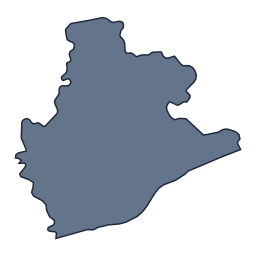 the border of Barcelona
{"feature_id": "ESP-5809", "entity_name": "Barcelona", "entity_type": "Autonomous Community", "adm_level": 1, "iso_a3": "ESP", "parent_name": "Spain", "parent_adm1": "", "projection": "robinson", "projection_center": [1.935, 41.755], "detail": "fine", "context": "isolated", "style": "filled", "palette": "slate", "viewbox_px": 256, "rotation_deg": 0, "n_neighbors": 0, "source": "natural_earth", "source_scale": "10m", "svg_char_len": 2327}
<svg xmlns="http://www.w3.org/2000/svg" viewBox="0 0 256 256"><path d="M240.6,149.5L220.4,157.4L188.1,171.1L184.8,174.3L175.6,180.2L163.6,184.8L159.0,188.1L154.6,193.5L146.9,206.1L142.3,212.0L137.1,216.5L125.8,222.2L119.3,223.9L108.4,224.9L97.6,227.5L94.3,229.4L92.8,229.8L87.3,229.6L55.9,238.4L56.5,233.3L55.9,232.3L54.8,231.8L49.5,231.2L47.9,230.1L48.0,228.0L48.7,227.2L52.9,225.3L54.0,224.1L54.5,222.6L54.3,220.8L53.4,219.5L49.8,217.0L46.6,210.5L46.2,205.8L45.6,204.2L42.0,200.5L33.7,196.2L31.6,192.4L33.1,187.0L33.4,182.6L29.5,179.9L20.9,176.7L19.7,173.9L24.6,167.8L26.0,165.0L25.1,163.5L23.1,163.1L19.0,163.3L21.3,160.3L18.4,158.4L15.4,157.9L16.0,154.6L18.5,152.8L26.1,151.2L26.3,149.9L21.3,138.0L21.8,122.7L22.2,121.3L23.6,119.8L25.4,118.9L27.4,118.8L29.2,119.5L32.1,123.1L33.4,123.8L37.9,122.9L39.3,123.2L43.2,126.3L44.7,126.3L45.8,125.5L57.1,113.5L57.6,111.7L57.5,109.7L54.6,102.7L54.7,100.5L59.1,93.9L59.2,89.0L59.6,87.6L60.8,86.3L62.2,85.8L67.3,85.9L69.0,85.2L70.2,83.9L70.8,82.4L70.5,80.8L69.4,79.4L68.3,78.9L67.2,78.9L63.3,80.5L62.5,80.2L61.8,79.3L61.5,77.7L62.0,76.4L65.5,73.5L66.5,71.8L67.0,69.9L67.2,67.9L66.6,64.5L66.7,63.4L67.3,62.6L69.4,61.9L70.3,61.2L70.8,59.5L69.3,54.4L69.4,53.6L69.6,52.8L70.3,51.4L70.8,50.9L72.7,49.9L73.6,48.7L74.2,47.0L74.3,45.3L74.0,43.7L73.4,42.9L68.4,40.6L67.5,39.7L66.8,38.4L65.6,31.2L65.6,29.8L66.1,28.7L70.8,23.6L91.0,20.0L102.4,17.6L106.3,18.4L111.8,22.2L114.1,22.4L118.6,21.3L120.9,21.5L121.9,21.9L122.6,22.5L123.1,23.4L123.5,24.6L123.5,26.6L123.0,28.1L120.8,30.8L119.9,35.5L120.1,36.2L123.4,40.0L124.2,41.5L124.7,43.7L125.0,50.1L125.5,51.9L126.6,53.1L127.8,53.4L130.6,52.9L131.7,53.1L135.9,56.3L136.7,56.6L141.5,55.0L148.7,54.9L149.4,54.6L151.2,52.9L153.0,52.2L160.8,51.9L161.8,52.9L163.0,55.8L165.2,57.9L168.3,58.0L174.5,56.2L180.8,64.1L183.1,65.7L189.4,65.7L192.5,67.5L195.0,70.9L196.3,74.9L195.8,79.0L194.2,81.8L186.3,89.9L186.3,91.1L187.0,92.2L188.3,93.3L190.0,95.5L189.9,97.6L186.8,102.1L183.9,101.8L179.0,104.8L177.3,105.2L170.0,101.8L169.1,102.2L168.0,103.7L166.5,106.5L166.9,110.2L168.8,114.2L171.4,117.7L174.1,119.5L175.4,119.6L179.2,118.4L185.9,118.7L203.6,135.1L218.0,132.3L222.9,129.6L225.5,129.1L228.3,129.3L235.7,131.8L238.9,134.6L239.9,138.8L239.5,139.7L238.0,141.3L237.6,142.2L237.8,144.0L240.6,149.5Z" fill="#64748b" stroke="#1e293b" stroke-width="1.5"/></svg>